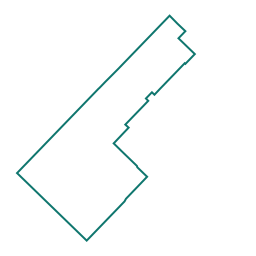 the district of Lincoln, Wyoming, United States of America, rotated 44°
{"feature_id": "52423323B30273170128574", "entity_name": "Lincoln", "entity_type": "district", "adm_level": 2, "iso_a3": "USA", "parent_name": "United States of America", "parent_adm1": "Wyoming", "projection": "equal_earth", "projection_center": [-110.817, 42.447], "detail": "fine", "context": "isolated", "style": "outline", "palette": "teal", "viewbox_px": 256, "rotation_deg": 44, "n_neighbors": 0, "source": "geoboundaries", "source_scale": "gbopen_adm2", "svg_char_len": 813}
<svg xmlns="http://www.w3.org/2000/svg" viewBox="0 0 256 256"><g transform="rotate(44 128 128)"><path d="M176.5,237.7L176.5,205.0L176.5,183.2L175.7,180.3L175.6,149.8L162.0,149.8L160.8,149.1L139.7,149.1L128.4,149.0L128.2,127.3L123.7,127.4L123.7,94.4L120.4,94.3L120.4,85.7L123.9,85.7L123.8,77.6L123.8,42.0L124.7,42.0L124.7,28.4L102.0,28.4L102.0,18.5L91.1,18.6L79.9,18.3L79.9,33.3L79.9,34.1L79.9,34.7L79.9,35.6L79.9,48.8L79.9,49.3L79.9,49.6L79.9,50.3L79.9,51.0L79.9,52.1L79.9,52.3L79.9,52.7L79.9,54.2L79.9,54.6L79.9,54.8L79.9,55.0L79.9,55.5L79.9,61.0L79.9,61.7L79.9,62.4L79.9,63.7L79.9,73.6L79.9,92.8L79.6,110.4L79.6,119.1L79.5,120.2L79.5,139.9L79.5,148.5L79.5,159.4L79.5,161.0L79.5,165.2L79.5,166.0L79.5,183.9L79.5,212.1L79.5,237.5L124.8,237.6L176.5,237.7Z" fill="none" stroke="#0f766e" stroke-width="2"/></g></svg>